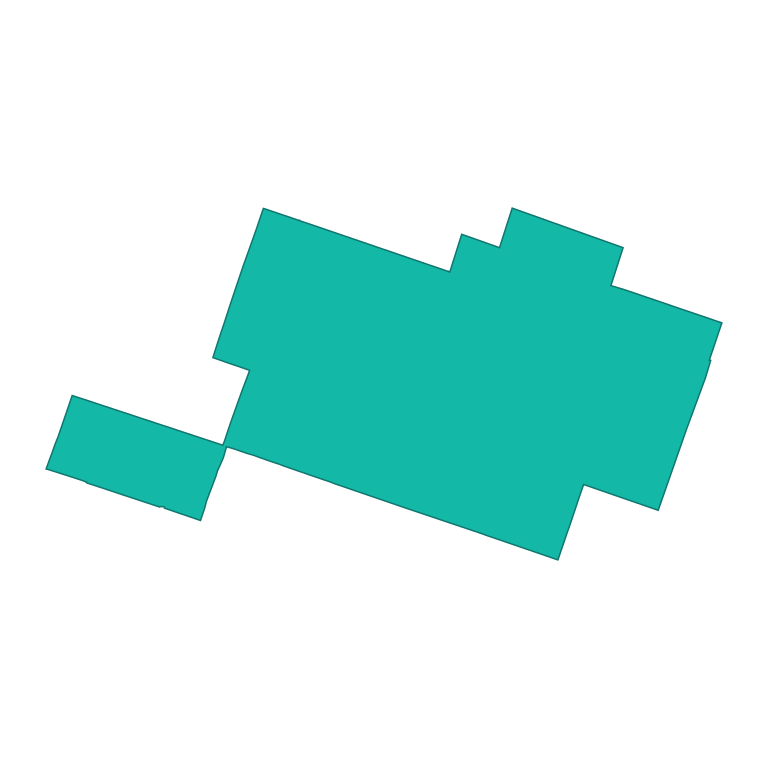 Urzica, Olt, Romania (Albers equal-area conic projection)
{"feature_id": "2599482B65259464639789", "entity_name": "Urzica", "entity_type": "district", "adm_level": 2, "iso_a3": "ROU", "parent_name": "Romania", "parent_adm1": "Olt", "projection": "albers", "projection_center": [24.245, 43.86], "detail": "fine", "context": "isolated", "style": "filled", "palette": "teal", "viewbox_px": 768, "rotation_deg": 0, "n_neighbors": 0, "source": "geoboundaries", "source_scale": "gbopen_adm2", "svg_char_len": 1679}
<svg xmlns="http://www.w3.org/2000/svg" viewBox="0 0 768 768"><path d="M483.3,534.2L486.4,535.4L509.5,543.3L557.9,559.9L567.7,531.2L569.1,527.4L579.4,496.7L583.6,484.5L658.2,510.3L683.1,439.1L686.5,429.3L705.4,378.0L710.7,360.4L709.3,360.1L714.1,346.0L717.9,334.6L720.3,327.6L721.9,322.9L713.7,320.1L698.5,314.9L689.7,311.9L679.6,308.5L656.0,300.4L646.8,297.3L625.4,290.0L610.9,285.6L623.1,247.7L512.2,208.1L499.5,247.7L461.7,234.3L449.8,272.0L448.7,271.6L448.7,271.4L448.2,271.2L447.8,271.3L328.2,230.4L317.2,226.6L304.3,222.3L299.9,220.8L299.8,220.4L299.2,220.2L298.9,220.4L278.3,213.4L274.5,212.1L273.9,211.9L272.3,211.4L270.6,210.8L268.6,210.1L264.4,208.7L263.4,208.4L262.9,209.7L256.6,228.4L246.0,258.2L243.8,264.2L237.4,283.1L229.7,306.1L224.4,322.5L220.2,334.9L215.4,349.7L212.9,357.6L226.8,362.5L234.7,365.2L249.6,370.3L248.0,374.9L242.1,390.5L230.7,422.4L227.5,431.9L226.5,434.9L224.4,441.3L222.8,445.2L72.2,395.5L67.7,408.7L58.2,436.4L55.0,444.4L52.9,450.5L48.9,461.3L46.1,469.0L47.5,469.3L67.9,475.8L80.2,479.8L86.4,481.9L86.2,482.5L87.3,483.1L111.0,490.9L120.8,494.2L124.7,495.5L126.6,496.1L134.5,498.7L146.2,502.6L159.6,507.0L159.7,506.7L160.0,506.6L160.6,506.6L163.3,506.7L164.3,507.0L164.6,507.4L164.4,508.1L164.9,508.3L178.0,512.8L200.5,520.5L202.7,514.0L204.9,507.4L206.5,501.1L215.7,476.8L217.5,470.9L220.5,464.3L223.4,457.6L226.5,446.8L228.2,447.2L233.7,448.8L235.6,449.4L237.5,450.1L241.5,451.5L247.7,453.6L253.4,455.2L259.3,457.4L260.3,457.8L270.1,461.2L274.2,462.6L279.5,464.3L283.8,466.0L309.5,474.9L318.0,477.8L323.5,479.7L329.3,481.6L334.3,483.6L408.5,509.0L410.3,509.6L472.4,530.5L483.3,534.2Z" fill="#14b8a6" stroke="#0f766e" stroke-width="1.5"/></svg>